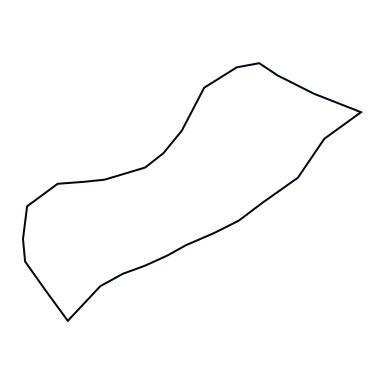 Galata, Nicosia, Cyprus
{"feature_id": "46923920B36410196498995", "entity_name": "Galata", "entity_type": "district", "adm_level": 2, "iso_a3": "CYP", "parent_name": "Cyprus", "parent_adm1": "Nicosia", "projection": "mercator", "projection_center": [32.883, 34.989], "detail": "fine", "context": "isolated", "style": "outline", "palette": "ink", "viewbox_px": 384, "rotation_deg": 0, "n_neighbors": 0, "source": "geoboundaries", "source_scale": "gbopen_adm2", "svg_char_len": 451}
<svg xmlns="http://www.w3.org/2000/svg" viewBox="0 0 384 384"><path d="M361.0,112.2L314.1,93.8L277.5,75.4L259.2,63.2L236.8,67.3L204.2,87.7L181.8,130.7L163.5,153.1L145.2,167.5L104.5,179.7L84.1,181.8L57.6,183.8L27.1,206.3L23.0,239.0L25.1,261.5L45.4,290.2L67.8,320.8L100.4,286.1L122.8,273.8L145.2,265.6L167.6,255.4L185.9,245.2L214.4,232.9L238.8,220.6L263.2,202.2L297.9,177.7L324.3,138.8L361.0,112.2Z" fill="none" stroke="#020617" stroke-width="2"/></svg>